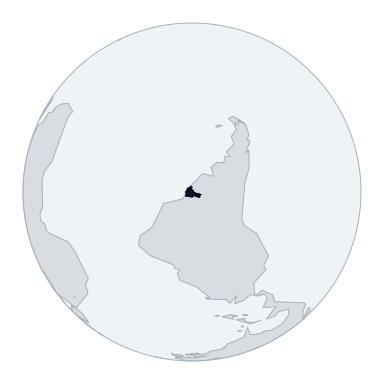 globe centered on Santa Catarina, rotated 189°
{"feature_id": "BRA-614", "entity_name": "Santa Catarina", "entity_type": "State", "adm_level": 1, "iso_a3": "BRA", "parent_name": "Brazil", "parent_adm1": "", "projection": "orthographic", "projection_center": [-50.571, -27.663], "detail": "fine", "context": "on_globe", "style": "filled", "palette": "ink", "viewbox_px": 384, "rotation_deg": 189, "n_neighbors": 0, "source": "natural_earth", "source_scale": "10m", "svg_char_len": 6601}
<svg xmlns="http://www.w3.org/2000/svg" viewBox="0 0 384 384"><g transform="rotate(189 192 192)"><circle cx="192" cy="192" r="169" fill="#eef3f6" stroke="#a8b0b8"/><path d="M134.8,33.0L141.3,31.1L139.1,32.1L140.1,32.5L143.7,31.1L144.2,30.3L151.2,28.3L151.0,28.1L152.8,27.6L165.3,25.2L164.0,25.5L165.9,25.3L171.8,24.3L173.8,24.8L182.9,25.3L182.8,25.9L174.2,27.5L162.5,28.7L151.4,32.6L164.4,29.1L163.9,31.3L166.3,31.4L169.7,31.0L172.1,29.9L173.1,30.6L160.7,33.9L159.6,33.3L163.5,32.1L158.0,32.9L149.6,36.0L150.1,37.3L137.0,41.9L137.1,43.1L134.4,45.0L135.0,42.7L133.6,47.2L118.3,56.4L116.0,66.7L112.0,60.4L106.7,61.4L100.0,64.1L99.5,65.7L91.4,68.2L82.6,75.5L77.2,85.7L78.3,91.5L87.5,87.4L91.2,82.0L98.6,78.4L91.1,91.9L103.6,89.0L101.1,98.8L104.5,102.6L111.2,99.4L118.1,100.0L123.7,93.1L132.4,88.3L131.9,96.1L137.2,88.1L141.7,91.1L159.4,88.6L157.9,90.5L172.8,98.9L189.8,102.8L193.8,109.1L191.6,113.0L197.8,114.2L197.9,116.9L223.0,122.5L236.5,130.9L236.4,140.7L225.9,151.0L218.2,176.2L199.8,183.9L196.4,195.0L184.1,211.9L172.8,211.0L177.4,219.5L172.1,225.1L165.2,226.0L165.1,232.4L160.0,233.1L164.2,236.9L158.0,246.2L162.0,253.0L157.9,260.8L160.8,264.8L158.5,265.0L156.7,267.0L157.2,269.4L149.3,266.6L144.8,257.4L145.9,252.2L142.8,252.0L145.0,239.2L142.4,242.2L139.3,224.8L141.2,210.4L138.7,173.0L134.5,166.7L121.8,161.3L106.3,140.9L109.7,130.5L106.6,127.1L116.6,111.9L114.5,101.6L111.1,101.0L107.4,106.0L96.3,103.0L93.2,96.5L64.0,100.1L62.0,98.6L63.7,93.1L62.7,84.1L59.1,95.8L57.0,95.5L57.0,92.5L59.1,89.8L61.9,84.4L61.4,84.8L70.0,75.1L79.4,66.1L89.4,57.8L100.0,50.3L111.1,43.7L122.7,37.9L134.8,33.0ZM114.2,70.8L128.5,72.7L119.4,75.5L121.3,74.0L117.9,72.6L111.2,72.5L103.4,76.1L114.2,70.8ZM122.8,62.7L120.2,63.0L122.9,62.2L122.8,62.7ZM163.2,273.3L150.3,268.0L157.2,270.1L160.2,265.7L167.6,270.2L163.2,273.3ZM172.7,262.1L177.3,259.7L178.9,260.8L176.1,262.7L172.7,262.1ZM295.8,58.7L291.4,55.9L293.4,60.9L289.0,59.4L281.9,55.3L273.3,46.7L284.0,51.1L281.1,48.9L272.2,43.6L276.2,45.6L273.9,44.3L276.6,45.7L295.8,58.7ZM360.7,201.6L360.4,203.9L358.0,221.4L354.3,234.4L350.5,236.7L345.8,248.2L343.1,248.5L339.7,254.6L334.7,258.5L328.2,260.2L322.5,252.7L326.1,246.4L329.2,231.5L335.2,199.9L340.8,189.8L341.9,180.0L337.4,154.9L338.6,145.2L336.4,139.4L332.5,137.7L329.4,130.8L326.6,129.0L306.0,123.1L297.3,113.5L280.9,90.3L282.8,84.0L278.8,75.6L288.3,59.3L295.3,63.2L308.4,70.1L310.9,72.4L314.7,77.1L328.8,93.0L327.9,91.6L335.2,102.3L341.7,113.6L347.3,125.4L351.9,137.5L355.6,150.0L358.4,162.7L360.2,175.6L360.9,188.6L360.7,201.6ZM290.8,68.7L291.9,70.8L292.0,70.8L290.8,68.7ZM160.0,88.4L162.1,89.8L159.2,90.1L160.0,88.4ZM117.6,78.7L120.9,78.0L122.5,78.7L119.8,79.7L117.6,78.7ZM146.4,73.2L150.4,73.2L146.0,74.4L146.4,73.2ZM130.9,72.9L143.2,73.4L134.7,76.9L127.1,76.8L132.6,75.1L130.9,72.9ZM120.2,66.7L122.2,66.6L121.3,68.0L120.2,66.7ZM124.8,62.2L123.9,62.5L123.2,61.8L124.8,62.2ZM164.7,31.1L165.7,30.8L168.9,30.6L167.0,31.1L164.7,31.1ZM185.7,28.0L186.9,29.4L184.7,28.6L182.3,29.3L174.6,29.0L182.3,26.2L180.2,27.4L185.7,28.0ZM166.4,28.4L170.4,28.5L165.8,28.5L166.4,28.4ZM262.5,38.4L263.1,38.7L260.0,37.5L257.2,36.2L257.6,36.3L262.5,38.4ZM273.1,43.8L268.3,41.4L269.2,41.7L266.0,40.1L265.7,40.0L273.1,43.8ZM202.5,23.4L202.5,23.5L195.3,23.1L192.8,23.0L202.5,23.4ZM313.9,75.0L315.6,76.8L310.6,71.7L311.9,73.0L313.0,74.1L313.9,75.0ZM301.1,63.2L301.8,63.7L305.7,67.3L304.3,66.2L301.1,63.2ZM299.0,61.2L301.6,63.5L299.3,61.6L299.0,61.2ZM289.2,329.8L285.8,332.2L287.1,331.1L289.2,329.8ZM349.9,252.0L343.8,264.6L344.6,260.9L348.2,253.0L353.6,240.4L353.8,240.6L349.9,252.0Z" fill="#d9dde1" stroke="#a8b0b8" stroke-width="1"/><path d="M183.7,188.8L183.7,188.7L183.7,188.3L183.7,188.2L183.8,188.1L184.0,188.0L184.3,188.0L184.6,187.9L184.8,187.9L185.3,188.3L185.5,188.2L186.1,188.1L186.5,188.3L186.8,188.3L187.0,188.4L187.3,188.4L187.7,188.5L187.9,188.6L188.2,188.8L188.4,188.8L188.6,188.9L189.0,188.9L189.3,188.9L189.6,188.9L189.6,189.0L189.8,189.2L190.1,189.0L190.2,188.9L190.1,188.6L190.1,188.4L190.2,188.1L190.3,188.0L190.5,187.9L190.9,187.8L191.0,187.9L191.3,187.8L191.5,187.8L191.6,187.7L191.8,187.3L192.0,187.2L191.9,187.1L192.0,187.1L192.3,187.2L192.5,187.3L192.7,187.2L192.9,187.2L193.0,187.3L193.4,187.2L193.5,187.1L193.8,187.2L194.0,187.4L194.2,187.5L194.4,187.7L194.6,187.8L194.9,187.8L194.9,187.6L195.0,187.6L195.4,187.4L195.6,187.2L195.9,187.1L196.0,187.1L196.3,187.1L197.1,187.1L197.3,187.1L197.2,187.3L197.3,187.6L197.2,187.7L197.0,187.8L196.9,187.8L196.7,187.3L196.7,187.5L196.8,187.6L196.8,187.8L196.7,187.9L196.8,188.0L196.7,188.0L196.8,188.1L197.1,188.2L197.1,188.4L197.0,188.8L197.0,189.1L197.0,189.3L197.2,189.5L197.1,189.8L197.1,190.0L197.2,190.4L197.2,190.6L197.3,190.6L197.4,190.4L197.4,190.5L197.5,190.5L197.4,190.6L197.5,190.7L197.4,190.7L197.2,190.7L197.1,190.8L197.1,191.0L197.3,191.0L197.2,191.3L197.0,191.5L197.2,191.8L197.0,192.0L197.1,192.3L197.2,192.5L197.1,192.8L197.1,193.0L197.0,193.6L196.9,193.8L196.9,194.0L196.7,194.4L196.7,194.5L196.6,194.4L196.6,194.2L196.4,194.0L196.4,194.3L196.5,194.3L196.4,194.4L196.6,194.6L196.5,194.8L196.4,194.9L196.2,194.9L196.1,195.0L195.9,195.1L195.2,195.7L194.6,196.3L194.2,196.9L193.9,196.7L193.6,196.5L193.2,196.7L193.4,196.8L193.4,197.0L193.2,196.9L193.0,196.5L193.2,196.4L193.3,196.2L193.4,196.3L193.4,196.2L193.5,196.2L193.6,195.8L193.6,195.5L193.6,195.3L193.7,195.2L193.8,195.1L194.0,194.8L194.3,194.8L194.2,194.6L194.1,194.4L194.0,194.5L193.9,194.4L193.6,194.4L193.4,194.4L193.2,194.4L192.9,194.3L192.7,194.3L192.3,194.2L192.2,194.2L191.9,194.1L191.7,193.8L191.6,193.7L191.4,193.4L191.2,193.4L191.2,193.2L191.0,192.9L190.9,192.9L190.7,192.5L190.5,192.4L190.4,192.3L190.2,192.2L190.0,191.9L189.9,192.0L189.8,191.9L189.7,191.8L189.7,191.7L189.4,191.7L189.2,191.6L188.9,191.5L188.6,191.6L188.5,191.4L188.4,191.4L188.2,191.2L188.4,191.2L188.2,191.1L187.9,190.9L187.6,191.0L187.6,190.9L187.4,190.8L187.5,190.9L187.4,190.9L187.2,190.8L187.1,190.7L187.0,190.8L186.9,190.8L186.6,190.8L186.4,190.9L186.2,190.7L185.9,190.7L185.7,190.7L185.6,190.8L185.6,190.7L185.6,190.4L185.4,190.6L185.2,190.5L184.9,190.7L184.9,190.4L184.7,190.3L184.6,190.5L184.4,190.5L184.1,190.7L184.0,190.8L183.9,190.8L183.9,190.6L183.7,190.7L183.4,190.7L183.5,190.6L183.5,190.4L183.6,190.2L183.7,189.9L183.7,189.5L183.6,189.4L183.6,189.2L183.7,188.8ZM197.6,191.3L197.6,191.2L197.7,191.4L197.6,191.7L197.7,191.8L197.4,192.2L197.4,192.3L197.3,192.5L197.2,192.5L197.2,192.3L197.3,192.1L197.3,191.9L197.4,191.7L197.4,191.4L197.6,191.3ZM197.4,188.1L197.2,188.4L197.1,188.2L196.9,188.1L197.0,187.9L197.3,187.7L197.5,187.8L197.4,188.1Z" fill="#0f172a" stroke="#020617" stroke-width="1.5"/></g></svg>